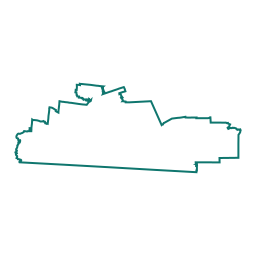 Uxpanapa, Veracruz, Mexico
{"feature_id": "50627088B30619044405855", "entity_name": "Uxpanapa", "entity_type": "district", "adm_level": 2, "iso_a3": "MEX", "parent_name": "Mexico", "parent_adm1": "Veracruz", "projection": "orthographic", "projection_center": [-94.45, 17.306], "detail": "fine", "context": "isolated", "style": "outline", "palette": "teal", "viewbox_px": 256, "rotation_deg": 0, "n_neighbors": 0, "source": "geoboundaries", "source_scale": "gbopen_adm2", "svg_char_len": 5293}
<svg xmlns="http://www.w3.org/2000/svg" viewBox="0 0 256 256"><path d="M196.4,172.2L196.4,170.5L196.9,170.5L196.9,169.8L196.9,168.0L196.9,167.5L196.9,167.0L196.9,166.7L196.9,166.0L196.1,166.0L196.1,165.2L197.0,165.2L196.9,163.9L196.2,163.9L196.5,163.7L195.7,162.7L195.7,162.3L219.6,162.4L219.5,158.0L238.4,157.8L238.4,143.5L238.5,134.8L239.5,133.4L240.2,132.1L240.3,131.6L240.3,131.3L240.3,131.0L240.4,130.7L240.6,130.5L240.6,130.4L240.6,130.2L240.4,129.7L240.3,129.4L240.2,129.3L239.9,129.5L239.7,129.5L239.3,129.7L239.2,129.6L238.8,129.5L238.0,129.4L237.9,129.5L237.7,129.8L237.5,129.7L237.2,129.7L236.7,129.4L236.5,129.2L236.4,128.8L236.3,128.7L236.2,128.5L235.8,128.3L234.1,127.8L233.2,128.0L232.8,127.7L231.7,128.1L231.3,128.1L230.7,127.9L230.1,128.1L228.5,128.8L228.3,128.1L227.8,128.2L227.6,127.7L227.8,127.5L229.2,126.8L229.2,126.1L230.1,124.4L228.0,123.5L227.9,122.9L227.0,123.0L226.8,123.1L225.9,122.6L224.7,122.7L219.8,122.6L210.7,122.6L210.4,117.3L210.0,117.3L209.1,118.0L207.9,118.2L196.4,118.2L196.5,117.5L188.2,117.6L185.5,117.5L185.4,116.8L181.3,117.5L179.0,117.8L178.2,117.8L171.9,118.6L164.0,123.0L163.8,123.0L163.7,123.2L163.5,123.4L163.4,123.6L163.2,123.7L163.1,123.9L163.0,124.1L162.9,124.3L162.9,124.5L162.7,124.6L162.3,124.7L162.1,124.7L161.8,124.8L161.7,124.9L161.6,125.0L151.0,101.2L130.0,102.3L125.7,102.3L125.7,101.6L124.7,101.4L124.1,101.5L123.3,101.1L122.5,101.2L122.9,100.6L122.8,100.2L122.7,100.2L122.3,99.3L122.1,98.4L121.5,98.4L121.4,98.3L121.2,98.0L121.6,97.9L122.5,97.5L121.9,96.7L121.2,96.7L121.3,95.7L120.5,93.9L120.0,94.0L119.4,94.2L119.3,93.2L121.4,92.5L123.2,91.9L124.1,91.7L125.4,91.3L124.7,88.9L124.1,87.7L123.8,87.1L119.0,88.6L117.5,89.2L113.0,90.7L111.4,91.3L110.0,91.7L108.8,92.1L106.2,93.0L105.0,93.4L104.5,93.6L104.3,93.6L104.0,93.7L102.9,94.1L103.1,93.7L103.3,93.5L102.9,93.0L102.9,92.8L103.3,92.4L103.5,92.4L103.8,92.2L103.7,92.1L104.3,91.9L104.1,91.5L103.3,91.2L103.6,90.7L103.5,90.3L102.8,90.4L103.0,89.5L103.0,88.9L102.7,88.7L102.3,88.8L102.0,87.9L103.0,88.1L103.0,87.7L102.7,87.1L102.6,86.9L102.9,86.8L103.4,86.4L99.3,86.0L98.2,85.8L96.6,85.7L90.8,84.9L89.9,84.8L84.6,84.3L81.8,84.0L80.3,83.9L79.9,83.8L80.0,85.1L79.0,84.9L77.9,84.9L76.8,84.8L76.9,87.3L76.8,88.6L76.7,89.9L75.7,89.8L75.6,91.0L75.4,92.3L76.4,92.4L76.5,93.7L76.6,94.9L76.9,94.9L77.2,96.4L79.0,96.5L78.9,97.6L79.2,97.6L80.2,97.7L81.3,97.8L82.2,97.9L82.1,98.4L83.1,98.7L83.2,99.3L83.7,99.3L83.8,99.7L84.5,99.5L86.0,99.4L86.0,100.3L87.3,100.3L87.4,100.8L87.6,100.8L87.6,99.8L87.3,99.8L87.3,99.5L88.4,99.3L88.3,99.5L88.5,100.0L88.4,101.0L89.3,101.4L89.3,99.4L89.9,100.0L90.3,100.7L91.0,100.0L90.8,100.9L89.0,101.7L88.3,102.7L86.7,104.8L84.7,104.6L82.3,104.4L79.1,104.0L71.6,102.9L71.1,102.8L70.5,102.8L68.7,102.6L68.1,102.4L65.0,102.1L63.2,101.8L62.3,101.8L59.5,101.2L59.4,102.0L59.3,103.8L59.2,104.9L59.0,106.4L58.9,107.5L58.7,109.0L58.5,110.5L58.4,112.6L57.2,112.0L56.1,111.4L55.7,111.1L55.9,110.0L55.3,109.7L54.9,109.5L54.5,109.2L54.2,109.0L52.9,108.2L51.9,107.7L49.5,107.3L49.4,107.8L49.3,108.2L49.2,108.6L49.3,109.5L49.2,110.4L49.0,112.3L48.8,113.8L48.5,115.9L48.4,117.5L48.3,119.0L48.2,119.7L47.7,123.7L47.3,123.5L47.2,123.4L47.1,123.6L47.0,123.8L46.8,123.9L46.6,123.8L46.4,123.5L46.2,123.3L45.8,123.3L45.5,123.4L45.3,123.4L45.2,123.3L45.2,123.1L45.2,122.8L45.2,122.5L45.1,122.2L45.0,121.8L44.8,121.6L44.6,121.6L44.4,121.7L44.3,121.8L44.1,121.8L43.8,121.6L43.6,121.5L43.5,121.1L43.3,121.0L42.7,121.4L40.7,121.5L40.6,121.4L40.2,121.4L39.9,121.3L39.2,121.0L38.9,120.8L37.9,120.6L37.3,120.4L35.9,120.2L33.8,120.0L33.2,120.2L32.2,119.5L31.9,124.0L31.7,125.3L31.4,128.1L29.8,128.1L29.9,128.4L29.7,128.7L29.5,129.0L29.5,129.3L31.4,129.5L31.3,131.2L27.5,131.2L27.4,131.3L27.2,131.4L27.1,131.5L24.3,131.1L24.0,131.2L24.0,131.5L23.9,131.8L23.8,132.0L23.6,132.1L23.4,132.3L23.2,132.4L22.6,132.7L22.2,133.0L21.9,133.1L21.4,133.2L21.0,133.4L20.4,133.7L20.0,133.8L19.5,133.8L19.1,133.7L18.6,133.6L18.3,133.7L18.0,133.8L17.7,134.1L17.4,134.4L17.1,134.9L16.8,135.3L16.7,135.6L16.4,136.2L16.4,136.7L16.4,137.2L16.5,137.6L16.7,138.0L17.0,138.2L17.4,138.3L17.8,138.3L18.1,138.6L18.2,138.9L18.2,139.7L18.3,140.2L18.4,140.4L18.6,140.5L18.9,140.7L19.3,140.7L19.6,140.7L19.9,140.2L20.1,140.2L20.2,140.6L20.1,141.0L20.1,141.5L20.0,141.8L19.7,141.5L19.3,141.1L19.0,141.4L19.1,141.6L19.3,141.8L19.5,142.0L19.3,142.3L19.0,142.2L18.7,142.3L18.4,142.3L18.3,142.5L18.3,142.8L18.4,143.0L18.7,143.0L18.9,143.2L18.8,143.6L18.4,143.8L17.8,144.6L17.9,144.9L17.5,145.6L17.3,145.7L17.3,145.9L17.3,146.2L17.4,146.6L17.2,147.2L17.1,147.6L16.8,148.2L16.7,148.3L16.5,148.5L16.4,148.6L16.3,149.1L16.2,149.2L16.2,149.5L16.2,149.8L16.1,150.0L16.3,150.3L16.6,150.3L16.9,150.5L16.9,150.8L16.7,151.2L16.6,151.3L16.3,151.6L16.0,151.9L15.7,152.1L15.4,152.3L15.5,152.7L16.1,152.9L16.4,153.0L16.8,153.1L16.9,153.3L16.6,153.5L16.4,153.5L16.1,153.8L16.0,154.1L15.9,154.4L16.0,154.6L16.1,155.0L16.2,155.3L16.4,155.5L16.9,155.8L17.1,156.0L17.2,156.7L17.1,157.0L16.7,157.5L16.6,158.0L16.8,158.0L17.2,158.1L17.3,158.2L17.4,158.3L17.7,158.8L17.8,159.1L18.0,159.1L18.9,159.2L19.4,159.3L19.8,159.5L20.7,159.7L21.0,159.9L21.2,160.2L21.2,160.5L21.0,160.8L20.4,161.0L19.9,161.3L19.6,161.3L19.5,161.5L19.4,161.8L19.4,162.1L19.5,162.3L63.8,164.7L108.5,167.2L153.4,169.8L196.4,172.2Z" fill="none" stroke="#0f766e" stroke-width="2"/></svg>